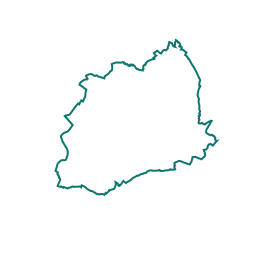 the district of Letca, Salaj, Romania, rotated 146°
{"feature_id": "2599482B91851196787653", "entity_name": "Letca", "entity_type": "district", "adm_level": 2, "iso_a3": "ROU", "parent_name": "Romania", "parent_adm1": "Salaj", "projection": "albers", "projection_center": [23.411, 47.354], "detail": "fine", "context": "isolated", "style": "outline", "palette": "teal", "viewbox_px": 256, "rotation_deg": 146, "n_neighbors": 0, "source": "geoboundaries", "source_scale": "gbopen_adm2", "svg_char_len": 5685}
<svg xmlns="http://www.w3.org/2000/svg" viewBox="0 0 256 256"><g transform="rotate(146 128 128)"><path d="M124.1,187.6L124.5,189.2L126.2,189.6L126.7,189.9L127.2,191.4L128.3,193.4L130.5,194.3L133.1,194.9L133.8,194.7L133.9,193.2L134.0,191.3L134.5,191.0L134.9,191.4L135.4,191.7L137.7,192.5L141.4,192.4L142.7,192.0L144.0,191.1L142.5,187.5L142.2,186.6L142.3,186.5L141.9,185.2L141.0,183.2L143.6,180.9L144.9,179.1L146.1,177.9L147.8,176.8L150.1,175.5L150.5,175.2L151.3,177.0L154.2,175.6L155.2,174.9L155.7,176.2L161.1,174.6L168.6,171.8L169.5,171.9L171.0,172.5L172.0,172.7L172.5,173.2L173.7,173.3L172.2,161.4L174.9,160.3L178.9,159.0L179.9,158.9L181.1,159.0L183.3,159.6L184.7,159.7L187.1,159.2L188.3,158.7L188.7,157.8L189.3,155.0L189.8,153.8L189.8,152.4L190.2,147.2L190.2,145.1L190.7,143.1L192.0,140.9L193.2,139.3L195.7,137.6L195.9,137.2L196.3,136.9L197.5,136.4L198.6,136.7L199.5,137.5L201.4,138.5L202.6,138.4L204.9,138.1L206.6,137.5L210.1,134.5L212.1,133.0L211.1,130.9L211.0,130.1L212.0,129.7L212.4,129.2L212.4,128.9L212.1,127.4L212.4,127.0L212.4,126.3L213.0,125.6L213.0,125.1L212.7,124.2L212.7,123.7L213.2,122.9L218.7,119.3L217.9,118.1L217.0,117.0L216.8,117.0L216.5,116.7L216.0,116.8L215.2,114.7L214.1,115.0L213.8,114.2L213.2,113.6L211.9,111.6L210.8,111.8L208.9,110.7L208.1,110.9L206.7,110.5L206.2,109.9L205.8,109.8L205.5,109.3L204.8,108.8L204.0,108.5L202.0,107.1L200.6,106.4L200.3,105.9L200.1,105.2L199.4,105.9L199.0,105.8L198.4,106.3L198.1,105.7L197.2,104.4L196.5,102.8L195.9,100.3L195.1,98.7L194.7,97.5L193.7,96.2L192.8,95.5L192.0,93.5L191.5,92.7L190.8,90.8L189.9,90.2L189.4,89.3L189.0,89.0L188.3,88.8L187.5,88.5L185.8,87.3L185.3,86.7L185.1,85.8L182.9,86.6L182.8,85.8L179.0,86.3L178.8,86.9L178.2,86.9L178.2,86.7L173.3,85.3L169.8,87.8L168.6,90.1L167.5,87.2L167.3,86.0L168.1,85.8L167.9,84.9L167.0,84.8L164.7,85.4L162.2,86.5L161.4,86.7L160.6,83.5L158.6,83.6L155.8,83.3L155.4,83.5L154.8,83.4L152.1,83.8L150.0,83.6L148.7,83.3L147.9,83.5L146.7,83.3L146.3,82.7L143.3,82.5L142.5,82.3L141.5,81.7L139.8,81.6L139.0,81.0L138.5,80.8L137.8,80.8L136.5,81.2L134.0,80.7L132.8,80.2L131.5,78.9L130.8,78.3L127.6,76.3L125.3,75.5L125.3,74.4L123.4,73.1L121.5,72.1L120.1,71.6L118.9,70.8L116.8,69.9L116.6,69.9L116.4,70.2L115.6,69.7L114.1,68.1L113.6,68.1L113.1,67.8L112.0,67.4L111.6,69.1L111.3,69.9L110.7,70.6L110.0,70.5L110.0,71.7L109.5,72.3L109.1,73.0L108.8,73.1L104.6,72.3L103.8,71.9L102.4,70.4L101.4,68.6L97.9,64.1L97.1,63.2L96.8,63.2L95.8,64.0L93.9,64.8L92.6,66.1L91.3,67.1L91.0,67.7L90.4,67.7L89.4,66.9L88.2,66.4L87.6,65.1L87.0,64.5L86.3,63.3L85.2,61.9L84.8,61.1L84.7,61.1L83.4,61.1L82.0,61.6L80.5,61.5L79.5,62.0L79.3,62.2L78.9,63.6L78.3,64.0L77.8,65.8L77.7,66.7L77.4,67.5L75.7,66.6L75.1,66.5L73.0,67.1L72.2,68.3L70.3,69.2L69.7,69.1L69.2,68.6L68.3,68.6L67.8,66.7L67.5,66.0L61.6,67.6L62.1,67.8L62.4,68.7L62.1,69.2L62.0,70.2L61.5,70.5L61.1,71.1L61.3,71.9L61.1,72.6L61.2,73.3L61.4,73.6L61.9,73.8L61.9,75.1L62.2,75.4L62.9,75.9L63.7,75.9L64.2,76.6L65.8,80.1L65.8,80.4L65.3,81.1L65.2,81.5L64.7,82.1L62.8,83.5L62.0,83.5L60.0,84.7L59.3,84.9L57.1,85.9L56.7,86.4L54.6,87.0L54.9,87.5L56.1,87.7L57.0,88.0L58.2,88.0L59.8,88.2L60.7,88.2L61.5,88.0L62.4,88.0L62.6,88.5L62.9,88.7L63.0,89.3L63.5,89.5L63.6,90.5L63.9,90.9L65.3,91.1L65.8,91.3L66.7,92.5L65.5,94.1L64.6,94.8L64.1,94.9L64.0,95.2L64.2,95.8L64.2,96.3L63.6,96.6L63.1,97.2L62.7,98.3L62.1,98.2L61.8,98.0L61.5,98.0L60.9,98.7L61.1,99.2L60.8,99.5L60.8,99.8L60.5,100.1L60.6,100.3L59.1,101.3L58.8,101.8L58.8,102.7L58.1,104.1L56.6,106.2L55.8,107.8L55.4,109.2L54.8,110.3L53.0,112.3L52.4,115.0L51.9,116.0L51.8,116.6L48.5,119.9L47.5,120.7L45.2,122.0L44.7,122.1L44.6,122.5L45.2,123.0L45.2,123.4L43.5,125.6L41.4,127.3L39.9,137.2L39.5,141.8L39.4,142.0L39.5,144.5L39.3,147.3L39.2,147.7L39.0,150.6L39.3,151.3L39.3,152.0L39.0,152.2L39.1,152.4L39.2,155.1L39.8,156.4L38.7,157.4L37.3,157.9L37.5,159.0L38.1,159.7L38.5,161.6L38.8,162.4L39.0,162.7L39.4,162.8L39.8,163.3L40.1,163.5L39.9,163.6L39.6,163.5L39.2,163.7L39.1,164.1L38.3,165.1L39.6,166.6L39.9,166.8L39.9,167.0L39.4,167.2L38.6,166.8L37.9,168.7L37.9,168.9L38.1,169.1L37.9,170.1L38.6,170.8L38.2,171.2L38.5,171.7L38.4,172.3L38.7,173.3L39.2,174.1L40.0,172.9L40.8,172.9L41.6,172.2L41.7,171.9L42.1,171.4L42.4,170.7L43.0,170.6L43.3,170.9L43.5,170.9L43.5,170.2L44.1,170.5L43.9,169.4L44.4,170.0L44.5,170.3L44.6,171.2L44.2,173.3L44.3,174.2L44.9,174.7L44.9,174.9L45.2,175.1L45.5,176.0L46.0,176.1L46.0,175.8L47.3,174.9L47.4,174.4L48.1,173.5L49.0,173.5L49.8,172.6L50.2,172.3L50.4,171.7L51.4,171.6L52.5,171.2L53.0,171.3L53.2,171.1L53.4,171.2L53.8,172.0L54.2,172.5L54.8,172.6L56.2,172.5L57.3,171.8L58.2,171.7L58.8,171.2L59.0,171.3L59.7,172.4L60.3,175.0L60.6,175.8L64.6,175.7L64.6,173.5L64.1,172.2L64.9,172.1L65.3,172.2L65.8,172.0L67.5,172.0L67.3,171.0L67.6,171.0L67.9,171.1L68.0,171.1L68.0,170.7L68.6,171.0L69.0,171.0L69.5,171.4L70.8,171.6L72.2,172.1L73.3,172.0L74.5,172.4L75.1,172.3L76.1,171.8L77.1,171.9L77.8,170.8L78.1,170.7L78.8,170.7L79.1,171.1L80.6,170.9L81.0,170.2L81.5,169.7L82.0,168.4L82.2,168.2L82.5,168.1L83.0,168.3L83.5,168.0L83.6,167.6L83.8,167.8L83.9,168.1L84.4,168.2L85.2,168.8L86.3,169.9L87.2,171.9L87.9,172.1L87.9,173.5L88.0,174.5L87.8,175.3L88.3,176.7L88.7,177.0L88.4,177.4L88.5,177.7L89.5,178.5L89.5,178.0L89.6,177.6L90.6,178.5L91.4,178.5L91.2,178.9L91.5,179.2L92.3,178.8L92.8,179.3L92.6,179.6L92.7,179.9L92.5,180.1L92.6,180.5L93.4,181.1L93.5,181.5L93.3,181.7L94.6,182.5L94.8,182.9L95.0,183.6L94.5,183.7L94.8,184.3L94.9,184.8L94.9,185.0L95.6,185.7L96.8,185.8L98.4,187.0L99.5,187.5L99.7,188.0L100.6,188.6L101.4,189.0L103.8,189.7L105.7,190.1L106.6,187.9L107.9,186.1L108.9,185.0L109.3,184.8L111.3,184.8L113.6,183.9L117.9,183.9L118.2,183.8L119.9,182.4L122.8,186.2L124.1,187.6Z" fill="none" stroke="#0f766e" stroke-width="2"/></g></svg>